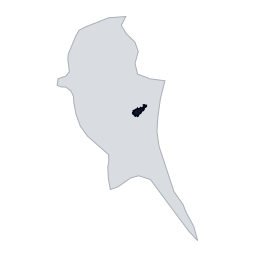 Alayköy, Cyprus shown in context, rotated 91°
{"feature_id": "46923920B56157666761112", "entity_name": "Alayköy", "entity_type": "district", "adm_level": 2, "iso_a3": "CYP", "parent_name": "Cyprus", "parent_adm1": "", "projection": "equal_earth", "projection_center": [33.249, 35.201], "detail": "fine", "context": "in_parent", "style": "filled", "palette": "ink", "viewbox_px": 256, "rotation_deg": 91, "n_neighbors": 0, "source": "geoboundaries", "source_scale": "gbopen_adm2", "svg_char_len": 1720}
<svg xmlns="http://www.w3.org/2000/svg" viewBox="0 0 256 256"><g transform="rotate(91 128 128)"><path d="M187.1,137.1L189.8,144.6L178.5,146.8L167.2,147.5L160.9,146.6L155.0,147.0L136.7,168.5L126.9,175.8L115.2,180.2L103.2,182.7L97.2,183.1L91.9,185.8L88.2,190.8L88.1,195.6L86.5,199.6L79.9,198.8L77.2,191.0L72.6,187.6L60.9,189.3L55.3,189.1L36.7,181.7L31.1,178.6L27.6,172.2L18.1,149.2L16.6,132.2L25.5,136.5L33.8,131.3L41.9,122.6L51.4,119.1L57.4,120.6L63.3,122.1L73.9,119.4L78.5,106.6L80.1,91.9L98.0,96.1L116.2,98.3L131.2,99.0L145.9,96.6L190.9,80.9L203.6,71.6L211.5,68.4L225.1,60.6L239.4,56.4L230.3,65.3L179.0,104.8L175.6,116.5L177.9,124.6L185.2,134.5L187.1,137.1Z" fill="#d9dde1" stroke="#a8b0b8" stroke-width="1"/><path d="M104.7,113.0L105.7,112.7L106.6,113.0L107.2,113.0L107.8,113.3L107.5,113.8L108.1,114.2L107.5,115.2L107.3,115.8L108.2,116.0L108.3,116.6L108.7,118.0L108.7,118.7L108.2,118.9L109.2,119.5L109.1,120.2L109.3,120.5L109.7,121.0L110.0,121.4L110.1,121.9L110.4,122.5L110.6,123.0L111.1,122.8L111.5,122.5L112.0,122.7L112.0,123.2L112.5,123.6L113.2,123.5L113.6,123.4L114.0,123.1L113.9,122.9L114.1,122.3L114.5,122.2L114.8,121.9L115.4,121.7L115.8,121.1L115.5,120.9L116.0,120.6L115.5,119.9L115.2,119.7L115.5,119.2L115.9,118.8L116.2,118.5L116.0,118.2L115.3,117.9L114.7,117.6L114.2,117.3L113.8,117.1L113.5,116.6L113.2,116.1L113.0,115.6L112.4,115.2L111.9,115.1L111.4,115.0L111.0,115.0L110.8,114.6L110.7,114.2L110.5,113.6L110.3,113.2L109.9,112.8L109.5,112.7L109.0,112.3L108.6,112.1L107.9,112.2L107.4,112.1L107.0,111.8L106.9,111.2L106.8,110.7L106.4,110.5L106.1,110.2L105.6,109.9L105.0,110.2L105.2,110.6L105.1,111.1L104.9,111.5L104.5,112.0L104.6,112.5L104.7,113.0Z" fill="#0f172a" stroke="#020617" stroke-width="1.5"/></g></svg>